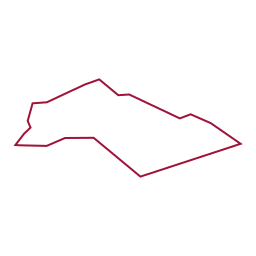 Nea Dimmata, Paphos, Cyprus (Robinson projection)
{"feature_id": "46923920B46387539278372", "entity_name": "Nea Dimmata", "entity_type": "district", "adm_level": 2, "iso_a3": "CYP", "parent_name": "Cyprus", "parent_adm1": "Paphos", "projection": "robinson", "projection_center": [32.536, 35.136], "detail": "fine", "context": "isolated", "style": "outline", "palette": "rose", "viewbox_px": 256, "rotation_deg": 0, "n_neighbors": 0, "source": "geoboundaries", "source_scale": "gbopen_adm2", "svg_char_len": 361}
<svg xmlns="http://www.w3.org/2000/svg" viewBox="0 0 256 256"><path d="M140.4,176.6L240.6,143.8L210.7,123.1L190.6,114.3L179.8,118.4L129.2,94.5L118.3,95.2L99.2,79.4L84.9,84.5L70.7,91.1L46.8,102.3L32.6,103.3L27.7,120.9L30.5,127.6L24.2,133.6L15.4,145.0L19.8,145.3L46.7,145.9L65.0,138.0L93.6,137.8L140.4,176.6Z" fill="none" stroke="#9f1239" stroke-width="2"/></svg>